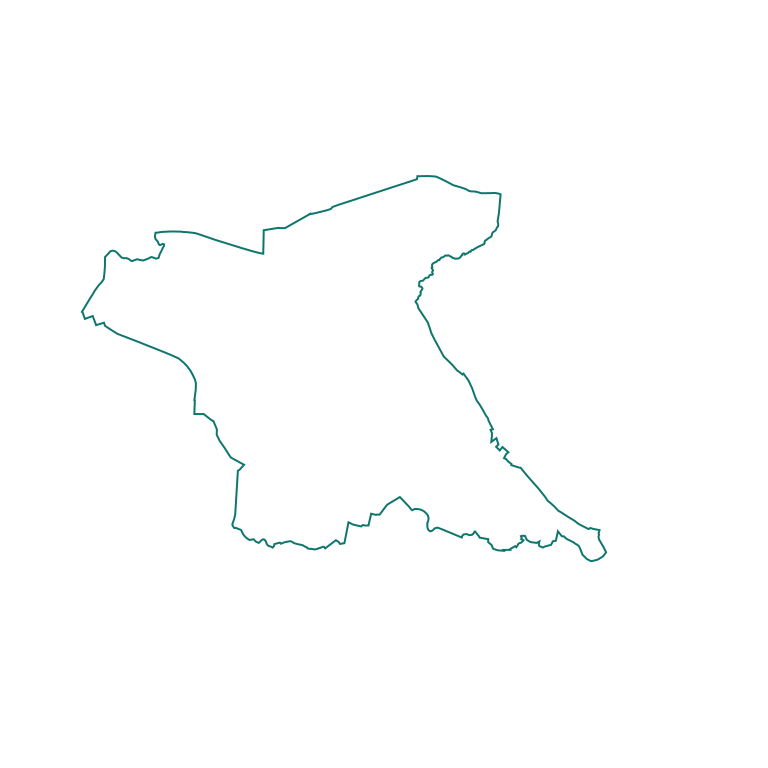 the district of Santa Isabel Cholula, Puebla, Mexico, rotated 324°
{"feature_id": "50627088B13237114427386", "entity_name": "Santa Isabel Cholula", "entity_type": "district", "adm_level": 2, "iso_a3": "MEX", "parent_name": "Mexico", "parent_adm1": "Puebla", "projection": "orthographic", "projection_center": [-98.379, 18.968], "detail": "fine", "context": "isolated", "style": "outline", "palette": "teal", "viewbox_px": 768, "rotation_deg": 324, "n_neighbors": 0, "source": "geoboundaries", "source_scale": "gbopen_adm2", "svg_char_len": 6166}
<svg xmlns="http://www.w3.org/2000/svg" viewBox="0 0 768 768"><g transform="rotate(324 384 384)"><path d="M446.3,210.5L444.0,211.2L439.2,209.6L428.4,205.2L424.4,203.3L423.7,203.1L423.9,202.9L395.4,199.7L395.0,199.3L392.1,197.2L390.7,196.0L390.5,195.7L377.1,188.9L362.9,207.6L361.4,206.1L360.0,204.6L355.5,199.1L348.7,190.3L332.5,168.6L321.9,153.5L319.7,150.7L314.6,146.0L311.3,143.3L308.9,141.1L302.7,136.4L300.1,134.6L293.8,130.5L292.0,129.5L289.9,128.5L288.1,127.3L285.2,130.2L284.4,132.4L284.7,135.7L284.1,138.0L284.1,139.6L285.0,140.2L286.2,140.3L287.5,140.7L288.1,141.8L287.1,143.0L285.0,143.9L282.2,145.5L279.1,147.0L275.6,149.5L273.2,148.5L272.0,146.6L270.8,144.9L269.8,144.3L267.6,144.1L261.9,142.6L259.6,140.4L257.7,138.0L252.5,136.5L251.6,135.2L251.0,132.9L249.6,130.7L247.5,129.4L246.0,127.4L245.1,120.4L244.3,118.1L242.6,116.5L240.5,115.8L235.9,116.8L233.0,117.3L227.3,124.9L222.8,130.2L218.9,134.4L216.7,135.2L214.6,135.8L211.8,136.3L209.1,137.1L204.6,138.6L202.6,139.6L197.4,141.6L182.0,148.1L182.3,148.7L180.3,155.5L188.3,157.8L185.7,167.2L193.5,169.8L192.5,173.1L194.7,178.9L197.9,186.9L210.0,205.5L214.9,213.3L221.2,223.2L228.6,235.1L232.9,242.6L234.5,249.1L235.2,254.2L235.2,259.8L234.6,264.4L233.6,269.5L232.3,272.7L230.6,275.1L228.2,278.1L221.1,285.6L221.4,285.9L221.3,286.1L212.9,296.8L220.5,302.4L223.1,311.7L223.5,312.3L223.8,313.5L224.2,313.8L222.1,322.5L218.8,326.8L217.6,333.6L217.5,341.4L217.0,349.8L216.9,353.5L223.3,367.1L216.6,368.5L214.8,368.3L187.2,401.8L184.1,404.6L180.9,406.9L179.3,408.0L178.6,408.7L178.3,409.8L178.2,411.6L178.3,412.6L179.6,413.4L182.6,418.1L182.1,420.6L182.0,421.4L181.8,422.2L181.8,423.2L181.8,425.2L182.0,426.7L182.6,428.9L183.5,431.1L184.8,431.8L185.6,432.1L186.4,432.6L187.3,433.0L187.5,435.1L187.7,436.2L189.2,438.9L193.8,438.3L195.4,438.9L195.9,440.1L195.9,442.5L195.2,443.9L195.1,446.2L195.6,447.4L196.5,448.5L197.3,449.8L197.8,450.9L199.8,450.4L201.3,449.1L206.5,451.1L206.8,452.7L208.4,453.0L210.2,453.5L213.9,455.1L215.9,456.2L216.2,456.5L216.7,457.4L217.0,458.0L217.3,458.6L217.5,459.6L218.1,460.4L219.1,461.6L220.1,463.0L221.5,464.4L222.5,465.5L223.6,466.9L224.4,469.0L225.5,470.6L225.5,471.9L226.6,473.4L227.5,474.0L228.4,474.8L228.6,474.9L229.1,475.5L229.8,476.1L230.1,476.7L230.9,477.2L232.0,477.7L232.6,478.0L233.4,478.2L234.7,478.5L235.4,479.0L236.1,479.0L236.7,479.2L237.3,479.5L237.9,479.5L238.6,479.7L239.2,480.0L239.7,480.5L239.8,480.9L239.8,482.4L253.2,482.1L254.5,485.1L254.4,487.5L258.4,489.5L274.0,475.0L276.2,479.3L278.8,482.4L281.8,485.8L284.0,485.7L286.0,487.8L288.3,489.3L297.4,481.4L299.9,484.4L300.7,485.3L301.6,485.5L303.7,487.1L312.3,484.5L314.9,483.7L315.8,483.5L330.4,484.8L332.2,498.3L332.2,500.1L332.3,501.6L332.6,502.7L335.3,503.1L337.6,504.8L339.8,507.1L341.4,510.1L342.2,513.4L342.2,516.4L341.0,519.0L338.8,521.2L337.4,521.8L334.7,525.8L334.3,527.3L334.2,528.6L334.6,529.9L335.4,530.7L337.3,531.0L340.3,530.6L342.8,531.6L345.2,535.1L356.7,553.9L358.2,552.8L360.0,552.5L362.7,554.0L364.0,556.3L366.5,557.7L367.9,557.7L370.5,556.7L371.0,556.8L371.3,563.1L371.1,564.5L375.9,569.6L377.1,570.7L375.3,573.3L376.4,577.3L375.5,581.3L376.2,582.5L378.3,585.4L383.9,590.3L381.9,587.6L388.8,592.5L389.1,591.7L394.8,592.3L395.1,593.8L396.9,593.2L398.7,592.3L399.8,592.3L402.0,593.0L405.0,592.4L403.8,590.2L404.9,589.6L405.3,587.6L406.2,587.8L408.8,589.7L408.2,592.4L408.0,594.2L409.5,597.9L414.1,602.3L417.2,602.7L415.0,604.7L414.4,606.3L416.3,609.6L418.9,610.1L424.6,612.3L428.2,610.5L430.9,611.8L438.1,605.4L438.4,611.7L440.1,613.2L440.4,615.8L441.0,617.3L444.3,623.5L444.4,624.3L446.4,629.2L445.9,632.6L444.2,639.0L444.8,641.8L445.2,644.7L447.3,648.9L450.0,650.3L453.7,651.7L458.3,652.1L459.9,652.2L464.8,650.7L465.2,648.0L465.7,645.2L466.6,636.1L467.9,633.4L469.5,632.3L469.7,631.1L472.5,628.9L468.0,624.1L466.3,621.8L464.2,621.6L459.1,611.5L458.6,609.7L457.7,606.4L455.1,600.4L451.8,591.8L450.5,588.9L449.9,583.6L449.0,579.3L447.8,574.7L448.0,569.9L447.5,559.2L446.9,553.1L445.9,542.6L445.3,532.0L444.2,531.1L439.3,524.4L440.1,523.6L438.9,519.9L438.6,516.3L437.5,514.6L441.5,512.5L444.5,512.3L442.8,504.6L438.6,505.8L437.8,500.7L441.0,500.2L443.1,493.9L436.8,493.9L442.3,487.7L443.3,483.7L445.5,484.6L446.1,480.8L447.0,475.2L448.0,472.6L447.9,469.4L448.5,464.6L449.1,459.1L449.3,456.0L449.2,452.3L449.9,449.2L450.6,446.6L452.7,439.5L454.4,430.9L454.4,422.3L453.0,422.4L452.2,419.0L451.1,416.0L450.5,408.4L450.0,405.6L448.5,396.8L451.1,377.1L452.3,370.3L453.6,366.5L455.6,360.1L456.4,342.6L457.8,339.3L457.8,336.0L459.7,335.3L461.8,335.1L462.8,333.9L463.7,333.5L464.7,333.5L465.2,333.7L465.4,333.7L465.8,333.4L466.2,332.9L467.4,331.8L467.5,331.0L468.2,330.7L469.4,330.2L470.4,329.9L471.3,329.3L471.4,328.9L471.3,327.0L470.7,326.6L470.0,325.9L470.0,325.1L470.5,324.7L471.4,323.6L472.6,322.2L474.1,322.2L476.3,323.3L479.0,322.7L480.4,322.8L482.4,323.9L482.6,323.9L483.6,323.4L484.6,322.9L485.9,323.0L487.0,323.9L487.9,324.0L488.1,323.8L488.4,322.8L488.7,321.7L490.4,321.0L490.6,320.7L490.6,319.1L490.8,318.0L491.9,317.8L492.1,317.1L492.7,316.0L494.1,315.3L496.0,315.4L498.3,315.9L499.8,315.7L500.9,315.7L501.6,316.3L503.0,315.6L503.8,315.7L504.8,315.4L506.0,316.0L506.7,316.2L508.4,316.1L509.4,316.2L510.4,317.2L511.6,317.6L513.4,321.0L513.6,322.2L514.4,323.1L514.8,324.0L515.6,324.7L516.8,325.6L518.4,326.3L520.2,326.4L520.9,326.0L522.3,325.7L523.1,325.8L523.4,325.2L524.4,324.9L525.4,325.3L525.9,326.1L525.7,326.8L526.5,326.8L528.9,327.5L529.9,327.2L531.0,327.1L531.7,327.9L532.1,327.7L533.4,327.3L534.0,327.3L534.6,327.8L534.9,327.9L536.1,327.9L539.5,328.2L543.1,328.8L547.0,329.6L547.8,329.5L548.6,328.4L550.1,327.5L551.1,327.6L554.3,327.5L556.4,327.8L557.7,327.7L559.6,326.1L561.0,325.3L564.8,325.3L566.4,324.3L567.6,323.7L569.0,323.5L570.3,321.9L570.9,320.9L571.4,319.3L577.6,313.1L589.8,299.1L588.6,297.3L586.8,295.4L585.8,294.5L582.1,292.0L574.9,286.9L571.9,283.0L570.4,281.5L567.5,279.2L566.9,278.5L566.3,277.8L565.5,275.9L564.1,273.4L561.2,269.4L557.2,264.3L556.4,262.8L552.9,255.7L549.9,250.0L548.4,247.5L547.7,246.5L544.4,243.7L541.5,241.4L540.2,240.5L534.5,236.5L533.2,235.5L531.0,237.7L452.6,212.3L446.3,210.5Z" fill="none" stroke="#0f766e" stroke-width="2"/></g></svg>